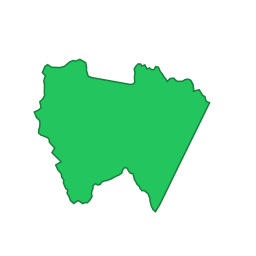 Cerro Grande do Sul, Rio Grande do Sul, Brazil, rotated 159°
{"feature_id": "56859067B43846706170936", "entity_name": "Cerro Grande do Sul", "entity_type": "district", "adm_level": 2, "iso_a3": "BRA", "parent_name": "Brazil", "parent_adm1": "Rio Grande do Sul", "projection": "albers", "projection_center": [-51.747, -30.579], "detail": "fine", "context": "isolated", "style": "filled", "palette": "green", "viewbox_px": 256, "rotation_deg": 159, "n_neighbors": 0, "source": "geoboundaries", "source_scale": "gbopen_adm2", "svg_char_len": 1815}
<svg xmlns="http://www.w3.org/2000/svg" viewBox="0 0 256 256"><g transform="rotate(159 128 128)"><path d="M42.8,122.3L45.4,124.9L45.0,129.9L46.6,131.6L47.8,138.2L53.8,138.9L52.7,140.9L51.7,145.2L52.3,150.1L54.4,152.1L57.4,152.7L60.3,152.1L64.5,153.6L66.1,154.8L67.3,158.1L70.9,159.1L74.9,157.4L75.0,159.9L76.0,162.4L76.5,165.7L77.7,169.6L77.8,173.8L80.2,175.4L82.5,173.2L85.1,174.0L86.3,176.3L89.2,176.4L89.7,180.9L92.8,180.9L93.3,183.2L95.6,184.2L98.9,182.6L101.1,180.8L101.8,176.6L103.7,173.5L105.3,168.1L107.8,167.2L110.2,167.8L143.5,187.9L146.6,190.5L146.1,196.7L144.9,199.6L144.1,204.2L148.3,209.4L153.0,209.2L154.8,210.6L158.7,210.6L165.0,208.4L169.6,208.7L177.5,212.1L180.4,216.0L183.5,215.2L188.1,210.4L186.4,206.3L188.7,203.6L189.9,201.8L190.5,198.2L193.5,190.8L194.2,188.2L197.6,185.4L200.9,184.2L201.9,178.0L205.2,176.8L209.8,176.5L209.6,170.3L207.9,166.8L208.4,164.0L210.2,160.5L212.0,158.3L213.2,155.4L212.0,152.8L206.5,147.8L205.7,145.5L206.5,143.0L205.4,140.0L203.5,135.7L207.8,132.2L202.5,120.3L205.8,120.0L208.8,119.3L208.5,114.2L206.7,109.4L207.5,106.0L206.6,102.5L208.0,99.9L207.9,96.8L207.8,93.8L206.5,91.7L208.3,88.9L207.6,85.1L207.7,80.8L205.7,76.9L202.8,77.7L200.8,78.2L199.2,76.5L197.4,73.6L195.3,73.8L192.8,72.8L189.8,74.1L187.5,75.8L185.9,77.3L185.6,79.8L184.3,82.2L182.5,83.9L181.3,86.7L178.4,87.7L176.8,85.7L174.2,85.3L171.8,87.0L169.0,87.0L166.4,86.5L163.8,86.5L161.6,86.5L159.0,87.0L156.5,87.3L153.6,87.3L149.9,88.2L147.8,91.0L145.3,92.3L143.0,90.6L143.0,88.0L142.0,85.0L139.7,83.3L140.0,81.0L140.5,77.6L140.0,75.2L139.8,72.4L138.5,69.6L138.3,66.9L137.5,64.5L135.1,63.5L132.8,59.4L132.8,54.4L133.6,52.0L134.2,47.1L133.9,43.0L132.4,40.0L126.0,45.0L117.3,53.0L102.2,67.1L95.2,73.7L88.8,79.6L77.6,90.0L55.2,110.8L42.8,122.3Z" fill="#22c55e" stroke="#15803d" stroke-width="1.5"/></g></svg>